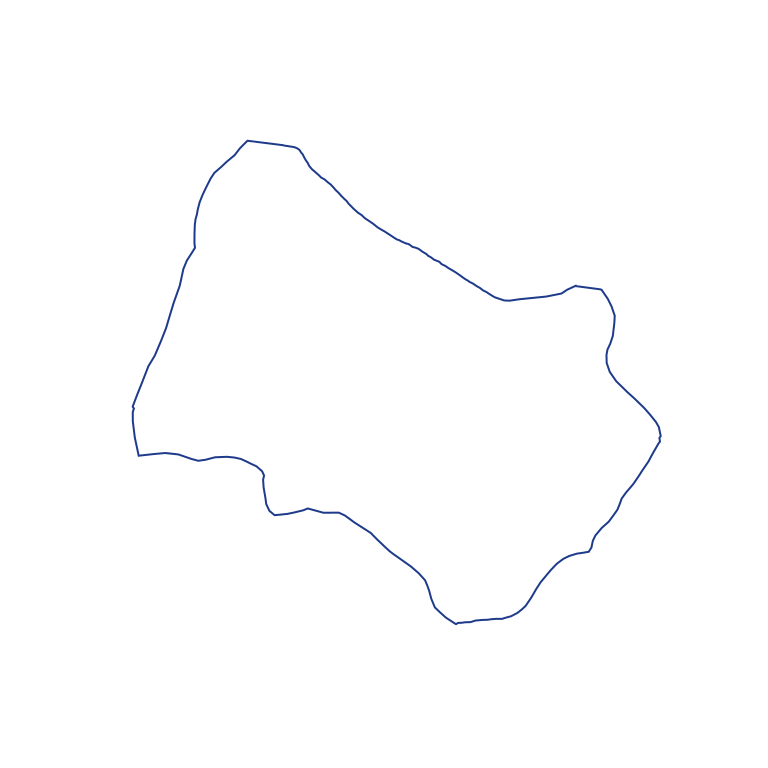 outline of Bambey, Diourbel, Senegal, rotated 309°
{"feature_id": "50182788B75300917140294", "entity_name": "Bambey", "entity_type": "district", "adm_level": 2, "iso_a3": "SEN", "parent_name": "Senegal", "parent_adm1": "Diourbel", "projection": "natural_earth1", "projection_center": [-16.464, 14.81], "detail": "fine", "context": "isolated", "style": "outline", "palette": "blue", "viewbox_px": 768, "rotation_deg": 309, "n_neighbors": 0, "source": "geoboundaries", "source_scale": "gbopen_adm2", "svg_char_len": 3286}
<svg xmlns="http://www.w3.org/2000/svg" viewBox="0 0 768 768"><g transform="rotate(309 384 384)"><path d="M487.1,124.8L481.7,124.2L476.4,123.7L467.8,123.9L457.9,121.9L449.8,120.8L441.3,119.3L434.2,120.0L433.9,120.1L428.3,121.3L422.0,122.7L416.4,124.1L409.1,126.4L402.5,129.4L397.8,132.0L396.1,132.7L393.5,133.8L391.9,134.8L388.5,136.9L381.6,142.1L374.1,148.1L370.9,151.4L365.3,152.1L355.9,153.1L347.1,155.7L334.5,162.1L331.6,163.5L314.9,169.4L304.5,173.6L295.5,177.3L290.2,179.5L277.2,183.6L261.8,188.0L249.6,189.7L232.4,195.2L219.5,199.2L208.6,202.8L208.1,203.1L207.8,204.3L207.7,205.0L204.1,206.4L197.0,212.2L185.6,224.0L173.9,238.5L184.6,249.1L192.6,257.3L199.9,268.6L204.5,281.3L207.4,287.9L212.6,292.8L220.8,298.9L228.6,307.8L232.7,314.0L235.7,320.0L237.3,326.2L238.1,330.0L239.8,336.8L239.7,338.5L239.5,344.1L237.4,348.4L233.5,350.3L227.7,355.7L220.6,363.8L216.6,368.0L213.3,374.8L213.2,381.5L216.5,384.9L222.3,390.7L227.3,394.8L235.0,400.7L239.3,403.1L245.8,417.9L249.4,422.3L255.6,429.9L257.1,435.9L257.2,436.3L257.8,448.6L259.3,461.8L259.9,467.7L259.9,468.0L259.6,470.0L258.9,476.1L258.0,487.2L257.6,493.7L257.7,497.7L259.1,519.2L259.1,520.5L258.8,530.0L257.3,539.5L254.5,544.7L251.6,549.4L246.8,556.0L242.4,564.1L241.8,571.1L241.4,579.1L242.6,590.8L242.7,591.1L244.9,591.9L247.4,594.7L249.6,596.7L253.4,601.1L257.8,604.0L262.8,609.2L266.0,612.9L268.8,615.5L272.3,619.2L275.7,623.5L278.9,625.6L283.3,628.8L289.9,631.7L295.6,633.0L300.6,633.7L310.4,632.9L320.8,631.3L328.2,630.5L338.2,630.6L342.0,630.7L344.1,630.7L352.8,631.4L354.2,631.7L361.0,633.4L367.0,636.2L373.6,640.7L378.9,645.6L382.5,648.7L387.5,648.1L393.5,645.0L399.4,643.6L409.3,643.8L418.5,645.3L427.3,644.9L433.2,644.5L437.6,643.2L440.1,642.4L444.5,640.8L451.9,640.4L463.2,640.7L473.9,639.8L479.0,639.2L490.3,638.3L497.3,636.9L502.7,636.0L511.0,634.7L512.8,634.8L515.4,632.0L517.7,631.8L523.5,624.7L525.6,619.3L527.8,609.0L529.1,601.2L530.4,586.9L530.8,578.7L532.3,562.7L535.5,551.8L540.5,543.8L546.6,538.6L551.4,536.0L557.9,534.4L565.3,531.6L576.4,524.6L582.3,520.3L587.5,512.0L588.5,509.8L591.0,504.4L594.1,493.9L593.8,492.7L581.3,472.3L580.9,471.6L580.7,471.2L580.8,471.1L572.5,467.0L566.0,465.0L554.0,455.0L543.4,444.3L534.9,435.7L527.8,429.2L524.6,424.9L521.1,415.5L521.1,415.4L520.6,412.2L520.1,407.8L519.9,405.5L519.1,402.2L519.0,397.9L518.4,394.5L518.0,389.8L517.2,386.2L517.1,384.1L516.6,381.0L516.4,378.0L516.2,373.9L515.9,369.9L515.4,366.1L515.1,364.2L515.0,363.3L514.6,361.0L514.4,357.6L513.4,353.3L513.8,350.1L512.1,344.6L512.0,340.8L511.4,337.4L511.7,335.3L511.0,330.5L510.8,325.7L509.6,322.2L508.5,320.1L508.4,316.2L507.9,314.1L507.2,313.1L505.8,308.0L505.3,305.2L504.4,303.0L503.9,298.2L503.5,293.9L503.2,291.3L502.9,288.3L502.2,284.2L501.7,280.1L501.7,276.3L501.7,274.9L501.3,269.7L500.8,265.0L501.2,260.3L500.8,256.5L500.7,256.3L500.8,255.5L501.0,250.4L501.4,247.2L501.8,243.3L502.7,239.8L502.9,236.2L503.2,233.5L503.4,231.6L503.5,231.5L504.0,228.3L504.3,224.4L505.0,220.7L505.5,216.9L505.4,212.9L505.6,209.0L504.9,205.4L505.3,201.3L505.4,197.9L505.6,192.7L506.3,188.9L507.9,185.3L508.7,182.4L509.8,179.6L511.3,176.3L511.8,173.7L512.7,171.1L512.6,168.7L512.0,166.2L510.9,163.9L509.7,161.9L508.4,159.6L507.0,157.3L505.9,155.0L487.1,124.8Z" fill="none" stroke="#1e3a8a" stroke-width="2"/></g></svg>